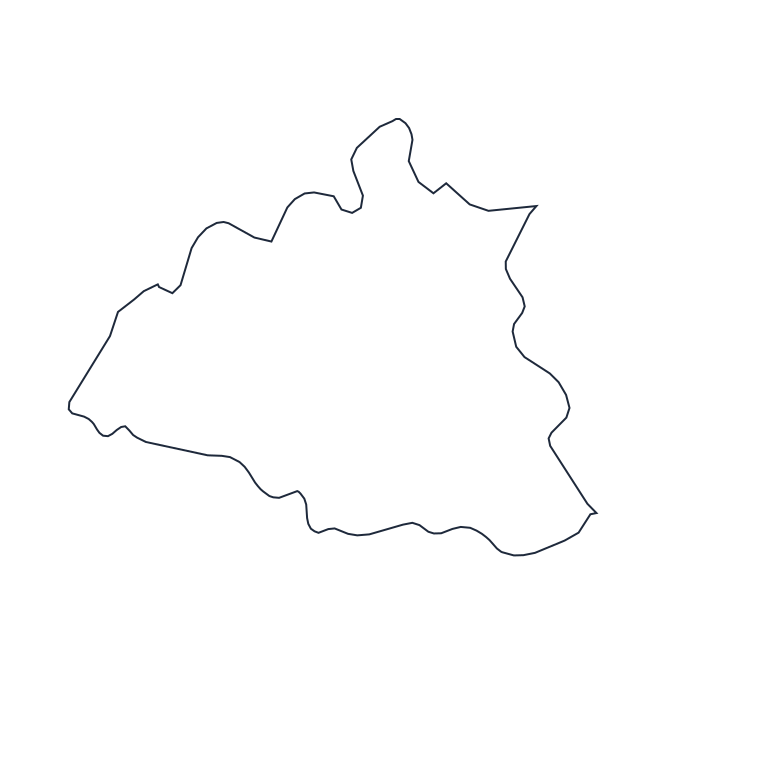 the Metropolitan department of Yvelines, rotated 313°
{"feature_id": "FRA-5357", "entity_name": "Yvelines", "entity_type": "Metropolitan department", "adm_level": 1, "iso_a3": "FRA", "parent_name": "France", "parent_adm1": "", "projection": "natural_earth1", "projection_center": [1.792, 48.763], "detail": "fine", "context": "isolated", "style": "outline", "palette": "slate", "viewbox_px": 768, "rotation_deg": 313, "n_neighbors": 0, "source": "natural_earth", "source_scale": "10m", "svg_char_len": 1774}
<svg xmlns="http://www.w3.org/2000/svg" viewBox="0 0 768 768"><g transform="rotate(313 384 384)"><path d="M255.3,140.3L275.4,143.6L288.1,145.0L302.6,150.6L301.5,153.4L306.1,167.3L317.5,167.8L352.2,150.6L364.5,147.9L376.7,148.0L387.7,151.8L393.1,156.2L395.6,160.7L402.7,189.3L411.4,204.5L447.2,192.9L458.4,192.7L469.2,196.0L476.4,202.2L487.0,219.2L482.6,233.9L487.4,244.0L497.1,246.9L507.4,240.1L518.9,216.3L525.9,206.9L538.2,203.1L569.2,205.4L582.0,210.9L585.9,212.0L588.5,214.7L589.4,221.8L588.3,227.8L585.4,233.8L582.0,238.3L563.9,250.1L555.3,271.4L557.2,290.1L573.2,292.6L573.8,324.2L581.9,342.3L618.1,374.1L607.5,374.5L556.6,389.5L551.2,394.7L546.9,404.4L541.9,426.2L536.7,434.0L530.2,436.6L516.6,438.2L510.1,442.3L501.4,455.3L499.5,468.4L504.8,498.1L504.4,510.5L500.2,524.6L493.0,536.0L483.8,540.3L462.6,539.7L456.5,541.5L452.1,547.7L435.1,614.5L434.5,627.4L429.5,623.8L408.0,627.7L392.7,622.9L363.5,609.6L353.9,602.7L347.2,595.9L341.6,585.2L341.2,584.1L340.7,578.8L341.8,567.7L341.7,563.1L341.2,557.8L339.9,551.7L337.6,545.1L331.8,537.6L324.7,532.9L313.8,527.6L308.7,522.4L306.2,517.2L305.0,506.2L301.8,499.4L294.1,493.8L264.0,475.8L255.1,467.7L249.9,459.9L244.7,446.4L239.9,442.2L230.5,437.6L228.9,433.7L228.3,429.2L230.1,424.0L233.5,419.2L242.8,409.3L245.8,403.9L246.9,397.7L247.0,395.1L246.5,393.6L229.2,384.9L225.6,380.3L223.9,376.6L223.0,368.7L222.9,365.5L223.3,361.4L224.0,356.9L227.1,345.6L228.4,338.6L228.4,331.6L225.5,321.2L220.8,314.3L211.6,303.7L179.2,249.4L176.4,240.1L175.6,235.3L176.3,229.6L176.6,223.6L173.3,221.1L168.1,219.9L162.3,219.3L157.6,217.7L154.6,213.8L154.2,209.2L155.0,205.2L156.8,199.0L157.1,196.3L157.0,191.9L155.6,186.9L149.9,176.0L150.5,170.7L156.2,166.2L232.2,150.9L255.3,140.3Z" fill="none" stroke="#1e293b" stroke-width="2"/></g></svg>